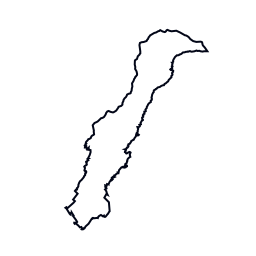 the district of Stanesti, Gorj, Romania, rotated 29°
{"feature_id": "2599482B13485546632352", "entity_name": "Stanesti", "entity_type": "district", "adm_level": 2, "iso_a3": "ROU", "parent_name": "Romania", "parent_adm1": "Gorj", "projection": "orthographic", "projection_center": [23.248, 45.191], "detail": "fine", "context": "isolated", "style": "outline", "palette": "ink", "viewbox_px": 256, "rotation_deg": 29, "n_neighbors": 0, "source": "geoboundaries", "source_scale": "gbopen_adm2", "svg_char_len": 5965}
<svg xmlns="http://www.w3.org/2000/svg" viewBox="0 0 256 256"><g transform="rotate(29 128 128)"><path d="M140.9,223.6L142.4,223.2L144.7,221.5L145.3,221.4L145.1,220.0L145.3,219.2L146.2,217.6L146.5,217.2L148.9,217.4L149.1,216.7L149.4,216.3L149.7,216.7L150.5,217.1L151.1,216.8L151.4,216.2L151.9,213.2L152.1,212.8L152.1,210.8L152.3,209.7L147.3,202.2L141.1,200.4L141.1,196.3L142.5,196.3L141.0,195.2L139.7,193.8L138.8,193.4L138.5,193.0L137.8,192.9L138.2,191.7L138.5,191.3L138.2,191.0L137.3,191.0L137.4,189.9L136.2,189.8L136.2,189.3L136.1,189.2L137.1,189.0L137.2,188.4L136.9,188.2L136.8,187.3L137.6,187.3L137.9,186.9L138.3,186.8L137.9,186.3L138.2,185.7L138.0,183.9L138.1,183.2L138.5,182.6L138.3,182.5L138.2,181.8L138.4,181.4L138.7,181.3L138.5,181.1L138.5,180.6L139.1,180.7L139.5,180.2L139.2,179.7L138.0,179.7L137.9,179.5L138.6,177.8L139.9,177.6L140.1,177.3L138.9,177.3L139.1,176.9L139.5,176.7L139.0,176.1L139.8,175.2L139.9,174.3L140.6,172.9L141.3,172.4L140.6,171.8L141.3,171.4L140.6,169.2L141.3,165.8L141.7,165.3L142.7,164.9L142.1,164.7L142.5,164.2L142.9,164.0L143.1,164.2L144.3,163.9L144.3,163.5L145.7,163.1L144.6,163.0L144.7,162.7L145.3,162.5L145.3,162.1L145.6,161.9L145.4,161.6L144.6,162.2L143.6,162.3L143.5,161.3L143.1,161.0L143.3,160.3L143.7,160.1L143.8,159.1L143.4,157.8L143.2,157.5L143.4,157.1L142.9,156.2L142.8,155.1L143.1,153.9L143.7,152.5L144.0,152.1L142.5,150.5L142.1,148.2L141.1,148.1L140.2,149.0L139.8,150.0L139.1,151.0L138.7,151.1L137.6,150.5L137.0,150.6L136.8,150.2L136.9,149.5L136.5,148.5L136.8,148.9L137.0,148.9L136.8,148.0L135.6,148.2L136.3,147.5L136.5,147.0L136.5,145.6L136.7,145.3L137.1,145.3L137.3,144.3L137.2,143.5L136.3,143.1L136.6,142.0L136.4,141.8L137.2,140.9L137.3,140.4L137.3,139.8L137.2,139.7L137.4,139.2L137.2,137.6L137.8,136.9L138.2,135.9L138.4,135.9L138.7,135.5L138.6,133.8L138.9,131.7L138.6,130.6L139.5,130.3L140.1,129.5L140.7,129.3L140.8,128.7L139.7,128.5L139.0,129.0L138.2,129.2L138.0,128.2L138.4,126.6L137.8,125.8L137.5,124.4L137.2,123.6L136.5,123.3L135.8,122.6L136.9,122.1L137.5,120.8L137.4,120.4L136.4,119.7L137.5,118.5L136.5,117.4L136.6,115.3L136.5,114.8L137.2,113.9L137.0,113.5L136.1,113.2L135.3,112.2L135.3,111.9L135.8,111.2L135.9,110.8L134.9,109.7L135.2,109.2L134.8,108.8L134.9,108.2L135.5,107.6L135.3,107.1L134.4,106.1L134.3,105.8L135.2,105.1L135.4,104.6L134.3,103.4L134.7,101.4L134.2,100.4L134.3,98.7L134.1,97.7L134.5,95.9L135.4,94.2L134.7,93.2L135.1,92.2L135.1,91.6L134.6,91.2L134.5,90.5L133.7,89.8L133.6,88.9L132.9,86.9L132.9,85.8L132.8,85.3L133.1,84.1L132.5,83.1L132.5,82.6L132.6,81.9L133.2,81.3L133.4,81.0L133.4,80.4L133.9,79.9L134.3,78.2L136.0,76.6L136.6,75.2L137.7,73.8L138.7,73.1L138.6,71.7L139.4,70.6L140.0,68.7L140.5,67.8L140.3,66.2L141.4,62.6L140.7,61.6L141.1,60.3L140.9,59.5L140.2,59.1L140.1,58.3L139.8,58.1L139.8,57.7L140.2,57.0L139.7,55.9L138.4,55.9L137.3,56.5L136.6,56.3L136.7,55.7L137.7,54.5L137.7,54.2L136.7,53.3L136.5,53.0L137.0,52.5L136.0,51.5L135.8,50.1L134.9,49.6L135.4,49.3L135.2,48.7L135.4,48.1L134.8,47.3L134.6,46.2L134.7,43.1L135.5,40.7L136.5,40.2L137.2,39.5L137.4,38.7L138.0,38.3L138.8,37.2L139.4,35.3L140.8,34.4L141.8,33.2L142.9,32.6L143.2,32.1L143.9,31.9L144.4,31.1L145.3,30.6L146.3,30.6L147.1,30.1L148.8,28.8L150.4,27.0L151.3,27.0L153.2,25.8L154.1,25.8L156.2,25.0L157.2,24.1L160.2,22.4L156.2,20.4L153.6,19.5L153.0,19.1L151.3,17.2L150.8,17.0L149.6,17.3L146.0,19.6L142.8,20.4L139.3,20.0L137.1,19.1L135.6,18.9L134.0,18.9L132.8,19.3L127.4,19.2L123.1,19.5L119.2,22.3L117.0,22.9L115.0,23.0L114.4,23.7L114.3,25.0L114.0,25.9L113.6,26.3L111.5,26.8L108.7,26.8L108.3,28.0L107.5,28.7L106.2,30.9L104.9,32.1L102.4,36.4L102.4,37.6L102.1,38.5L102.3,40.7L102.0,41.3L102.1,42.7L101.9,43.1L100.0,45.2L98.3,46.4L97.2,47.8L97.8,49.9L101.6,55.0L102.6,56.8L102.4,57.4L102.5,58.2L101.8,60.5L102.4,63.3L101.4,65.1L101.4,65.8L103.1,69.2L104.8,71.1L105.6,72.9L108.0,74.3L109.6,76.1L110.1,77.0L110.2,77.5L109.9,78.5L110.0,79.0L109.6,79.7L109.8,81.2L109.6,81.9L110.0,84.1L109.9,87.0L111.7,89.6L112.3,91.9L112.9,93.2L113.1,94.1L113.0,95.0L113.4,96.2L113.0,96.9L112.0,97.7L111.0,99.2L111.2,100.2L111.2,102.0L110.6,103.7L110.5,105.7L110.9,106.6L111.0,108.7L111.8,110.3L111.4,111.9L109.5,114.0L109.6,115.2L109.3,118.1L109.1,118.9L107.7,121.3L107.2,121.7L105.1,122.3L102.8,122.5L101.9,123.5L101.6,125.3L101.9,127.0L101.7,129.9L100.9,131.4L99.7,132.5L98.4,136.8L97.7,138.0L96.3,139.8L95.8,142.7L99.4,146.8L99.8,147.8L101.4,150.0L101.2,150.8L100.5,151.7L100.1,152.7L100.1,153.9L100.3,154.9L99.5,156.3L98.7,157.0L98.7,158.1L98.1,160.5L98.5,162.1L99.1,162.1L98.7,163.9L99.3,163.9L99.1,164.2L99.7,164.3L100.0,164.7L99.5,165.5L99.7,165.9L100.9,164.9L102.0,166.3L102.9,166.0L103.1,165.4L103.0,164.7L103.1,164.4L103.3,165.0L104.1,165.4L103.6,165.7L103.8,165.9L103.6,166.0L103.5,166.4L105.9,165.5L106.5,166.4L107.0,167.3L107.6,170.1L107.7,171.5L107.7,173.6L107.8,174.1L108.2,174.0L107.6,174.9L108.9,175.6L108.4,176.2L108.3,176.7L108.5,177.7L107.8,177.6L107.7,177.8L108.2,178.5L109.0,179.0L109.3,179.9L109.7,180.1L109.4,180.9L108.6,182.2L108.5,183.1L109.6,183.6L109.9,184.2L110.5,186.3L111.2,186.5L112.0,186.1L112.3,186.4L112.7,186.5L113.0,187.3L113.0,187.7L112.5,188.1L112.8,189.2L113.2,189.5L113.4,190.1L112.9,191.6L113.2,192.4L112.5,196.2L111.9,197.6L111.8,199.4L112.2,201.9L112.8,202.9L112.9,204.7L112.5,205.2L112.5,205.8L113.2,206.4L113.1,206.9L112.3,207.5L112.1,208.8L115.8,209.9L114.7,217.2L117.0,217.7L116.6,219.8L113.9,227.5L112.5,227.1L112.0,228.1L113.6,228.4L113.6,228.5L118.2,231.1L118.4,230.8L119.4,231.6L119.6,231.6L119.4,231.3L119.6,230.5L119.4,230.2L119.8,229.4L119.7,229.2L122.9,231.0L122.6,231.6L127.0,233.6L129.1,234.8L129.0,235.4L128.7,235.3L128.1,236.3L126.9,236.9L127.1,237.3L127.8,237.6L128.0,237.1L128.8,236.9L131.4,237.3L134.2,238.2L135.2,237.2L136.3,237.9L136.9,238.0L136.6,239.0L137.0,239.0L137.5,238.5L137.7,237.8L137.8,237.9L137.7,238.4L137.9,238.3L138.6,236.8L138.6,234.7L139.6,231.8L139.7,231.4L139.9,231.1L140.3,225.1L140.9,224.7L140.6,223.9L140.9,223.6Z" fill="none" stroke="#020617" stroke-width="2"/></g></svg>